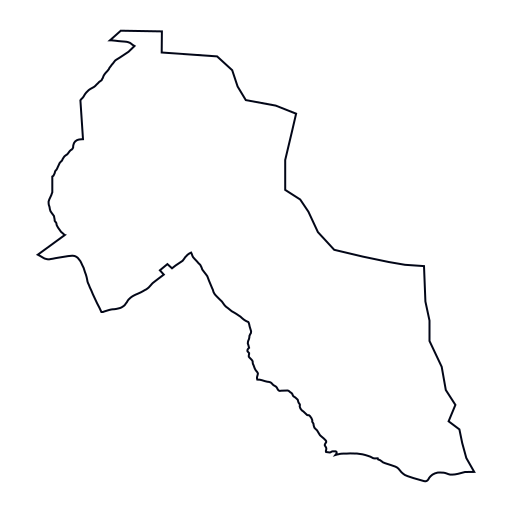 the district of Kwadaso Municipal, Ashanti, Ghana
{"feature_id": "2480657B94630675221037", "entity_name": "Kwadaso Municipal", "entity_type": "district", "adm_level": 2, "iso_a3": "GHA", "parent_name": "Ghana", "parent_adm1": "Ashanti", "projection": "albers", "projection_center": [-1.664, 6.667], "detail": "fine", "context": "isolated", "style": "outline", "palette": "ink", "viewbox_px": 512, "rotation_deg": 0, "n_neighbors": 0, "source": "geoboundaries", "source_scale": "gbopen_adm2", "svg_char_len": 5782}
<svg xmlns="http://www.w3.org/2000/svg" viewBox="0 0 512 512"><path d="M474.2,471.9L466.3,458.0L462.2,443.0L459.4,429.4L448.6,421.3L455.4,404.9L445.8,390.0L441.7,366.8L429.5,341.0L429.5,320.6L425.4,301.5L424.0,266.1L405.0,264.8L388.7,262.0L362.8,256.6L334.2,249.8L317.9,232.1L308.4,211.7L300.2,199.5L285.2,189.9L285.2,160.0L292.0,131.4L296.1,113.7L275.7,105.6L245.8,100.1L237.6,86.5L232.2,70.2L217.1,56.4L161.7,52.5L161.9,31.4L120.8,30.7L110.0,40.3L111.1,40.3L112.2,40.4L115.3,40.7L118.5,41.1L122.0,41.4L124.7,41.6L126.6,41.8L128.6,42.3L129.2,42.6L129.9,42.8L131.3,43.8L132.5,44.8L133.7,45.5L134.5,46.0L128.5,51.8L119.6,57.7L116.5,59.6L115.2,60.5L114.1,61.9L113.0,63.4L111.8,64.7L111.2,65.6L110.5,66.5L109.3,68.1L108.9,69.1L108.1,70.1L107.4,71.0L105.7,72.8L104.6,74.2L103.7,75.6L103.3,76.6L102.7,78.2L102.3,78.7L101.6,80.2L100.5,81.0L99.2,81.9L97.9,83.3L96.6,84.5L95.2,86.0L93.9,87.0L92.1,88.0L90.3,89.0L88.7,90.1L86.2,92.6L84.9,94.3L83.5,96.7L82.4,98.1L81.8,98.6L81.5,98.9L80.4,100.3L83.0,139.2L81.1,139.3L79.1,139.5L78.0,139.8L76.9,140.2L75.2,141.4L74.1,142.9L73.8,143.7L73.5,144.6L73.2,145.8L73.1,147.6L72.5,148.7L71.7,149.6L70.9,150.0L69.8,151.0L68.9,152.2L67.8,153.7L66.9,154.6L65.9,155.2L64.5,156.3L63.7,157.4L62.7,159.0L62.3,159.9L61.9,160.7L60.8,161.7L59.6,163.1L58.8,164.9L57.8,167.0L57.1,168.6L56.5,169.7L55.5,170.7L55.0,171.8L54.7,173.1L54.2,174.2L53.4,175.8L52.6,176.3L52.3,176.5L52.3,192.3L51.9,193.3L51.3,195.1L50.6,196.6L49.3,199.4L48.6,201.5L48.6,202.3L48.6,203.1L48.8,204.8L49.5,206.9L49.9,209.3L50.5,211.2L51.1,212.1L51.8,213.1L53.0,214.7L54.0,216.1L54.2,217.4L54.6,219.3L54.7,220.8L55.3,221.7L55.6,222.1L56.0,222.4L56.4,223.4L56.6,224.8L56.9,225.5L57.2,226.1L58.1,227.7L59.6,229.8L61.0,231.8L62.9,233.4L64.5,234.9L64.8,235.0L37.8,254.7L39.9,255.8L42.9,257.6L44.5,258.5L46.3,259.0L47.8,259.3L49.4,259.3L50.9,259.0L52.9,258.7L55.3,258.2L58.8,257.6L66.3,256.4L68.1,256.1L72.5,255.7L74.6,256.0L75.5,256.4L76.5,256.9L77.8,257.9L79.0,259.4L80.4,261.2L81.3,263.0L82.3,265.2L83.6,267.8L84.4,270.3L85.0,272.2L85.9,274.6L86.6,277.1L87.1,279.4L87.5,281.6L88.1,283.3L88.8,284.7L89.8,287.3L91.4,290.7L92.8,294.1L94.9,298.6L97.1,303.3L99.4,307.7L101.4,312.0L102.9,312.0L104.5,311.4L107.4,310.5L108.4,310.2L109.4,309.9L111.2,309.5L112.6,309.3L114.5,309.2L116.4,308.9L118.1,308.5L120.1,308.0L121.3,307.5L122.0,307.1L122.6,306.7L123.7,306.0L124.9,304.9L125.9,303.4L126.8,302.3L127.7,300.7L128.6,299.5L129.7,298.5L130.3,297.9L130.9,297.4L132.3,296.4L133.9,295.5L135.7,294.6L137.6,293.8L140.7,292.4L143.3,291.0L144.6,290.2L146.2,289.4L147.6,288.4L148.8,287.4L149.6,286.5L150.7,285.3L152.0,283.8L152.8,283.0L153.7,282.3L155.1,281.2L158.9,278.3L163.8,274.6L159.9,270.3L167.4,264.1L172.0,268.3L175.6,265.5L182.6,260.8L184.2,258.7L185.2,257.2L186.4,256.0L187.5,254.8L189.3,253.5L191.1,252.6L191.7,253.8L192.4,255.8L193.1,257.2L194.6,258.9L196.5,260.9L197.5,262.0L198.4,263.1L200.2,264.8L201.2,266.7L201.8,268.1L202.0,268.7L202.2,269.4L203.3,270.9L204.6,272.6L206.0,274.4L207.3,276.2L208.1,278.3L209.0,280.7L211.3,286.2L212.3,288.6L212.8,289.6L213.5,292.0L214.4,293.7L215.3,294.9L216.8,296.5L217.6,297.3L218.4,298.1L220.0,299.7L221.9,301.5L223.8,304.2L224.7,305.4L226.1,306.8L227.5,307.8L228.4,308.5L231.7,311.2L234.7,312.9L236.5,314.0L238.7,315.5L240.4,316.6L241.9,318.0L243.7,319.5L245.5,320.7L247.1,321.5L248.3,322.0L248.8,323.0L249.2,324.4L249.7,326.7L250.1,328.0L250.5,329.3L251.1,331.3L250.9,333.1L250.2,334.2L249.4,336.0L249.4,336.9L249.2,338.1L248.9,339.3L248.3,340.6L247.9,342.1L247.9,342.8L247.8,343.5L248.3,344.9L248.5,345.6L248.7,346.4L249.1,347.8L248.5,348.4L247.9,349.1L247.4,350.2L247.5,350.8L247.5,351.3L248.3,352.2L249.1,353.1L249.1,353.5L249.1,354.0L248.8,355.3L248.8,356.7L249.5,357.6L250.3,358.4L251.3,359.4L252.3,360.6L252.7,361.7L252.7,362.8L253.0,364.1L253.6,365.3L254.2,367.0L254.8,368.6L255.8,370.4L257.1,371.9L257.5,372.6L257.9,373.3L257.8,374.3L257.4,375.7L257.0,377.2L257.0,378.5L257.3,379.6L259.7,379.7L261.9,380.2L264.8,381.1L267.2,381.7L268.8,381.9L270.3,382.3L271.3,382.9L272.5,384.2L273.4,385.1L274.6,385.8L275.8,386.5L276.7,387.4L277.3,388.5L277.8,389.5L278.5,390.3L279.1,390.7L279.7,390.9L281.5,390.7L287.7,390.5L288.7,390.9L289.3,391.4L290.1,392.1L291.0,392.7L291.8,393.3L292.0,393.7L292.3,394.0L292.7,395.0L293.1,395.9L293.7,396.5L294.6,397.0L295.3,397.5L296.2,398.3L297.7,399.7L298.3,401.9L298.7,402.9L299.0,403.2L299.2,403.6L299.8,404.3L299.9,405.2L299.7,406.2L299.8,406.7L300.4,408.5L301.3,409.7L302.1,410.6L303.3,411.4L307.1,415.0L307.8,415.2L308.9,415.2L309.9,416.0L311.4,418.1L312.0,419.5L312.3,420.3L312.2,421.3L312.4,422.1L313.0,422.9L313.5,423.9L313.6,425.1L314.0,426.5L314.4,427.7L315.6,429.0L317.0,430.3L317.8,431.6L319.0,433.6L320.0,435.2L321.2,436.3L323.7,438.4L325.5,440.2L326.1,441.0L326.2,441.7L326.1,442.4L325.5,443.2L325.1,443.9L324.8,444.7L324.8,445.4L325.4,446.4L326.0,447.4L326.3,448.3L326.2,449.7L325.9,450.8L325.9,451.4L326.1,452.0L329.8,452.5L330.5,452.3L331.9,451.5L332.7,451.3L335.7,451.3L336.0,451.5L336.6,452.1L336.6,453.1L336.4,453.7L335.4,455.0L337.1,454.5L338.7,454.2L339.8,453.9L341.6,453.7L343.4,453.6L346.7,453.6L350.1,453.4L353.8,453.5L356.7,453.5L358.0,453.7L359.4,453.9L362.4,454.3L365.2,455.0L367.8,455.8L370.4,456.7L371.9,457.5L373.0,458.1L374.3,458.4L375.8,458.4L377.7,458.3L378.1,459.4L378.8,459.7L380.1,460.2L381.8,461.4L382.9,462.3L385.1,463.2L390.7,465.0L395.3,466.6L396.9,467.4L398.4,468.6L400.1,470.6L401.3,472.1L403.1,473.7L404.9,475.0L407.5,476.1L413.5,478.1L424.0,481.1L425.3,481.3L426.6,481.0L427.7,480.2L428.5,479.1L428.9,478.4L429.3,477.7L430.6,476.2L432.5,474.6L433.7,474.0L434.9,473.4L437.6,472.6L439.6,472.5L441.7,472.6L443.7,472.7L445.2,473.0L447.0,473.6L448.3,474.1L450.1,474.6L452.4,474.6L455.0,474.4L458.1,473.8L465.0,472.0L474.2,471.9Z" fill="none" stroke="#020617" stroke-width="2"/></svg>